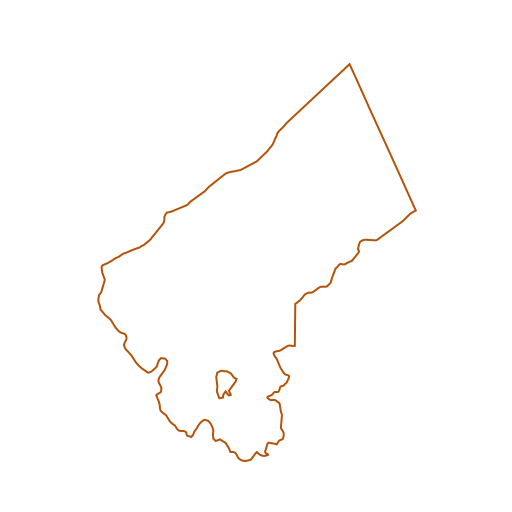 the Province of Rif Dimashq, rotated 279°
{"feature_id": "SYR-144", "entity_name": "Rif Dimashq", "entity_type": "Province", "adm_level": 1, "iso_a3": "SYR", "parent_name": "Syria", "parent_adm1": "", "projection": "albers", "projection_center": [36.607, 33.459], "detail": "fine", "context": "isolated", "style": "outline", "palette": "amber", "viewbox_px": 512, "rotation_deg": 279, "n_neighbors": 0, "source": "natural_earth", "source_scale": "10m", "svg_char_len": 5145}
<svg xmlns="http://www.w3.org/2000/svg" viewBox="0 0 512 512"><g transform="rotate(279 256 256)"><path d="M152.9,141.0L155.1,140.9L157.8,139.6L158.7,137.8L159.0,135.5L159.9,132.7L163.1,128.7L170.4,122.4L174.2,116.1L178.7,111.0L178.7,110.8L182.0,109.8L185.9,107.6L188.5,107.1L192.3,107.0L193.1,107.2L196.0,108.8L207.5,110.3L209.0,110.3L209.4,110.2L215.0,107.0L219.9,105.4L221.2,105.3L221.9,105.3L222.9,106.1L224.9,109.1L225.0,109.4L225.5,110.2L229.1,114.7L231.4,117.0L233.8,120.6L236.7,123.6L237.7,124.9L238.8,127.0L241.2,130.8L242.2,132.6L242.4,132.8L243.6,134.7L243.8,135.3L245.5,138.1L245.6,138.6L245.9,139.1L246.4,140.0L246.6,140.2L247.4,140.8L247.6,141.0L248.1,141.6L248.8,143.0L254.4,148.0L256.2,149.4L257.2,149.9L257.3,149.9L273.3,159.1L275.0,159.7L275.7,159.8L277.5,159.8L280.7,159.4L283.9,160.5L284.9,161.2L285.0,161.5L285.2,161.8L285.3,162.1L285.4,162.5L286.4,165.0L286.9,165.8L287.0,166.1L295.6,180.0L296.8,181.0L299.3,182.6L312.4,195.7L315.2,197.4L316.9,198.6L332.8,213.2L333.8,214.9L335.4,218.6L335.7,219.8L335.8,220.3L336.0,220.6L336.9,223.2L337.5,224.4L338.4,227.1L349.6,242.0L360.8,250.5L365.5,253.1L367.1,254.2L369.6,255.3L375.8,256.8L377.4,257.4L380.2,257.8L380.4,257.9L380.8,258.0L382.3,258.8L383.3,259.4L387.5,262.6L392.5,265.7L460.1,318.4L446.4,327.5L418.0,346.0L397.2,359.8L369.2,378.3L341.0,396.8L325.9,406.7L323.1,403.1L321.6,401.5L313.5,395.6L290.9,373.1L290.4,372.4L290.3,372.2L290.3,371.9L290.1,371.2L289.3,362.2L288.8,360.3L288.5,359.6L288.2,359.0L287.5,357.9L286.4,356.7L283.8,355.9L279.0,355.7L278.2,355.9L277.8,356.4L277.5,356.6L277.3,356.7L276.7,357.0L276.3,357.0L274.2,356.1L265.8,351.2L265.5,350.0L265.2,349.6L264.8,349.2L264.4,348.8L264.3,348.6L264.2,348.3L264.0,348.1L263.8,347.8L263.6,347.2L263.4,346.9L263.0,346.5L262.7,346.3L262.7,346.2L262.1,345.6L261.8,345.0L261.5,344.5L261.4,344.2L261.3,342.8L261.4,342.1L261.5,341.6L261.4,341.3L261.4,341.0L261.3,340.6L261.1,340.3L260.9,340.0L260.7,339.8L260.2,339.4L258.3,338.3L257.4,337.7L257.0,337.3L256.7,337.1L255.9,336.5L245.2,334.3L244.2,334.3L241.4,333.9L240.8,333.6L237.4,331.1L237.0,330.6L236.8,330.3L236.7,330.0L236.5,329.3L236.4,328.5L236.2,326.8L235.8,325.1L235.5,324.4L235.3,324.0L235.0,323.6L229.1,317.7L228.8,317.2L228.5,316.6L228.1,314.2L228.0,313.6L227.3,312.3L225.5,310.2L224.9,309.8L220.2,307.2L218.7,306.1L217.4,304.7L216.6,304.1L215.1,302.5L214.8,302.3L173.3,308.4L172.9,306.3L172.8,303.1L172.7,302.8L172.6,302.4L172.5,302.1L172.2,301.5L172.0,301.2L166.4,294.7L166.1,294.1L165.8,293.5L165.1,291.1L164.8,290.5L164.5,289.9L164.3,289.5L164.0,289.1L163.4,288.6L162.7,288.6L162.2,288.7L159.4,290.6L158.5,291.7L158.0,292.3L149.9,297.3L149.2,297.8L144.2,302.3L143.7,303.2L143.6,303.5L143.5,303.8L143.3,306.0L143.2,306.3L143.1,306.7L143.0,307.0L142.9,307.1L142.5,307.4L142.2,307.5L141.3,307.5L140.0,307.3L135.7,306.0L135.0,305.6L134.6,305.1L134.1,304.7L132.5,303.6L132.3,303.4L132.1,303.1L131.5,301.5L131.3,301.3L131.1,301.0L130.6,300.6L130.3,300.5L129.6,300.3L126.6,299.9L126.1,299.7L125.8,299.5L125.5,299.4L125.3,299.1L125.1,298.9L125.0,298.6L124.9,298.2L124.7,296.2L124.6,295.8L124.4,295.5L124.2,295.3L124.0,295.1L123.8,294.9L122.0,293.9L121.7,293.7L121.3,293.3L120.5,292.3L119.2,290.0L118.9,289.8L118.7,289.6L118.4,289.4L118.1,289.3L117.7,289.6L117.1,290.2L116.3,292.1L116.1,292.9L116.0,293.6L116.6,295.7L116.7,296.5L116.7,296.9L116.6,297.2L116.6,297.3L116.4,298.0L116.1,298.7L115.2,300.4L114.6,301.9L113.0,302.7L106.1,305.0L103.6,306.3L102.9,306.5L89.9,307.5L89.6,307.7L87.2,309.8L86.2,310.6L85.6,310.9L84.5,311.2L83.6,311.4L80.5,311.3L79.4,311.0L78.8,310.3L77.8,308.4L77.2,307.8L76.7,307.4L73.2,305.9L73.4,304.6L73.5,303.7L73.5,300.8L73.6,299.1L73.6,298.3L73.6,297.9L73.5,297.5L73.1,297.1L72.5,296.8L70.4,296.4L68.5,296.3L64.7,295.6L64.3,295.6L63.9,295.7L63.3,296.0L63.0,296.2L62.8,296.4L62.7,296.7L62.6,297.0L62.4,297.8L62.1,298.4L62.0,298.7L61.8,299.0L61.4,298.9L61.0,298.4L60.0,296.0L59.8,295.4L59.8,295.0L59.7,294.1L59.8,293.3L60.0,292.1L60.3,291.0L60.6,290.5L60.7,290.2L61.4,289.1L62.2,288.1L62.4,287.8L62.4,287.4L60.7,286.3L53.9,282.7L52.5,279.4L51.8,277.0L51.8,274.4L52.6,271.8L54.3,269.6L57.0,267.7L58.4,266.2L58.9,264.3L58.4,261.4L61.5,259.6L66.6,255.3L69.2,249.1L67.0,245.1L68.9,242.5L72.8,241.3L76.6,241.3L79.7,239.9L83.1,237.7L85.7,234.7L86.2,231.1L84.8,228.9L82.0,226.8L79.0,225.3L76.7,224.6L72.9,222.5L69.3,221.8L67.1,220.4L67.8,216.2L68.5,215.5L70.6,214.7L71.4,214.0L71.8,212.1L71.4,208.5L71.6,206.9L72.9,205.1L75.9,202.4L76.9,200.2L79.1,196.8L84.6,192.2L86.8,188.0L88.4,185.9L91.0,184.8L94.1,184.1L96.9,182.8L102.8,179.3L103.8,179.9L105.9,182.5L107.2,183.4L110.6,183.3L113.3,181.7L115.5,179.9L118.0,179.0L120.9,179.5L129.2,183.7L135.4,185.2L138.5,184.7L140.5,182.1L140.2,178.0L137.4,176.3L131.0,175.2L126.2,171.4L125.1,170.2L124.1,168.3L123.8,167.6L127.3,160.5L129.6,157.0L132.2,153.9L138.6,148.2L144.1,141.3L147.5,139.5L149.4,139.7L152.9,141.0ZM131.6,256.0L132.2,253.5L136.0,249.7L137.5,245.4L137.2,241.8L137.3,239.6L134.7,236.0L130.1,235.7L121.0,238.3L116.1,238.5L109.8,242.0L111.1,245.6L113.6,245.3L117.5,247.2L114.0,250.8L114.9,252.8L118.6,250.3L128.5,255.4L131.6,256.0Z" fill="none" stroke="#b45309" stroke-width="2"/></g></svg>